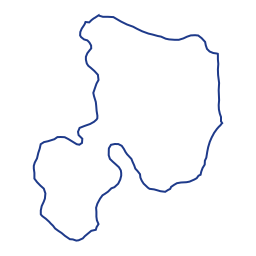 outline of Salyan District, Salyan, Azerbaijan
{"feature_id": "54616110B55207089168458", "entity_name": "Salyan District", "entity_type": "district", "adm_level": 2, "iso_a3": "AZE", "parent_name": "Azerbaijan", "parent_adm1": "Salyan", "projection": "equal_earth", "projection_center": [49.031, 39.666], "detail": "fine", "context": "isolated", "style": "outline", "palette": "blue", "viewbox_px": 256, "rotation_deg": 0, "n_neighbors": 0, "source": "geoboundaries", "source_scale": "gbopen_adm2", "svg_char_len": 2580}
<svg xmlns="http://www.w3.org/2000/svg" viewBox="0 0 256 256"><path d="M217.8,53.8L216.7,53.5L213.2,53.0L209.6,51.5L207.0,48.9L205.8,45.4L205.1,41.9L201.6,38.1L198.2,35.5L195.1,35.2L190.8,35.4L187.0,36.7L183.4,38.4L178.8,39.8L174.7,39.8L169.1,39.4L165.7,38.7L161.0,36.6L157.8,36.0L152.4,34.5L148.5,33.6L142.2,31.3L136.8,28.7L133.1,26.7L127.0,24.5L121.1,21.6L116.8,19.1L113.4,17.1L107.9,16.8L102.9,16.8L98.5,15.5L98.5,15.4L98.0,15.7L95.0,17.7L93.6,18.5L91.5,20.1L89.2,22.4L85.5,22.0L84.6,24.3L83.1,26.6L81.8,28.5L80.3,32.0L80.1,35.4L81.1,37.1L84.0,39.4L87.4,40.4L89.4,42.5L91.1,45.5L91.2,48.4L89.6,50.3L87.3,53.3L85.9,56.8L85.9,59.7L86.8,63.5L88.3,65.8L90.9,67.9L94.4,71.0L97.9,74.8L98.5,80.0L96.5,83.6L94.7,88.8L93.3,92.9L94.0,96.1L95.8,102.0L96.2,105.7L96.6,110.8L97.4,115.8L97.3,118.4L96.5,119.6L94.0,121.8L90.1,124.0L84.4,126.0L79.6,127.9L78.0,131.8L78.6,135.1L82.3,138.7L82.0,142.9L79.4,144.7L76.7,144.2L72.8,141.8L68.4,139.1L64.7,137.2L60.7,137.0L57.4,137.1L54.4,139.2L49.0,140.9L48.1,141.2L44.0,142.1L41.8,143.5L40.7,144.2L39.7,148.7L38.3,152.9L37.0,158.4L34.8,162.5L33.8,165.8L33.8,168.5L34.4,172.9L34.4,178.6L37.1,182.2L40.4,185.6L43.8,188.6L45.4,193.4L44.9,198.6L43.7,201.8L41.7,206.1L40.8,210.4L40.8,213.9L40.8,214.3L41.2,214.9L42.4,216.2L45.9,218.8L49.2,221.8L50.7,223.5L53.0,225.7L55.1,228.5L58.4,230.9L61.6,233.0L64.9,235.8L69.9,239.2L72.8,239.4L76.3,240.6L78.6,240.3L82.8,238.4L84.8,236.2L87.3,234.1L91.3,230.8L95.8,229.8L96.6,227.1L98.5,224.1L96.9,220.3L96.4,216.7L96.4,211.8L96.1,207.8L97.4,203.6L100.1,198.6L102.5,195.3L104.8,193.9L108.0,191.7L111.4,188.3L114.4,187.2L118.2,183.7L120.2,179.6L121.2,175.7L121.2,173.0L120.8,170.4L118.9,167.2L115.4,164.0L112.9,161.8L109.9,158.9L108.7,155.2L108.8,149.6L108.9,148.3L111.0,144.8L114.8,144.0L118.4,144.1L121.7,145.8L123.8,148.8L125.5,152.0L127.1,154.3L131.4,158.9L132.6,161.9L134.2,165.4L135.3,168.6L137.5,171.0L140.0,174.2L140.4,177.6L141.7,180.6L143.6,183.6L145.6,185.5L147.8,187.6L149.5,188.8L154.1,189.4L157.0,190.2L160.4,191.2L165.2,191.8L168.0,190.0L170.2,188.9L171.1,186.9L174.0,184.9L176.9,183.2L180.9,182.5L186.6,182.2L189.6,181.6L194.4,179.5L196.7,178.2L198.5,175.7L200.6,174.7L200.8,173.6L201.3,171.5L202.6,168.0L204.7,164.6L204.9,160.7L206.3,157.7L207.3,151.5L208.2,147.1L209.8,141.8L211.8,137.2L212.8,135.4L214.1,132.9L215.9,130.4L216.8,129.1L218.8,126.8L220.4,125.3L221.5,123.8L222.2,123.1L221.0,121.3L221.0,117.0L219.8,113.6L218.9,109.4L218.7,105.1L219.1,100.2L218.7,90.2L219.1,83.0L218.1,75.0L217.9,69.4L218.3,64.0L217.9,59.4L217.9,54.8L217.8,53.8Z" fill="none" stroke="#1e3a8a" stroke-width="2"/></svg>